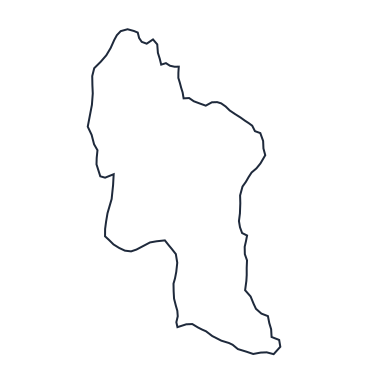 the district of Barrinha, São Paulo, Brazil, rotated 17°
{"feature_id": "56859067B45881717181583", "entity_name": "Barrinha", "entity_type": "district", "adm_level": 2, "iso_a3": "BRA", "parent_name": "Brazil", "parent_adm1": "São Paulo", "projection": "equal_earth", "projection_center": [-48.087, -21.233], "detail": "fine", "context": "isolated", "style": "outline", "palette": "slate", "viewbox_px": 384, "rotation_deg": 17, "n_neighbors": 0, "source": "geoboundaries", "source_scale": "gbopen_adm2", "svg_char_len": 1747}
<svg xmlns="http://www.w3.org/2000/svg" viewBox="0 0 384 384"><g transform="rotate(17 192 192)"><path d="M251.3,135.4L247.6,129.5L245.1,122.4L240.1,115.7L234.4,115.4L230.2,111.0L225.9,109.5L221.7,108.3L216.7,106.6L210.4,104.9L204.2,103.0L199.2,100.4L194.0,98.7L189.8,98.7L184.8,100.4L179.9,105.4L173.6,105.1L167.2,104.7L161.8,103.0L156.6,104.9L153.9,99.5L151.1,95.4L148.5,91.2L145.6,86.9L144.1,81.9L142.7,76.0L138.8,77.3L134.0,77.7L129.4,76.4L125.3,79.2L122.2,74.0L118.7,68.9L115.6,61.0L110.1,57.5L105.3,63.4L100.0,63.1L96.4,60.2L93.5,55.4L89.4,55.0L82.8,55.2L76.8,59.0L74.3,64.0L73.2,69.3L72.1,78.1L70.1,86.3L66.6,94.2L62.3,102.2L62.7,110.3L65.5,118.9L68.3,126.8L70.8,137.9L73.2,160.0L79.3,166.7L84.4,175.0L89.4,179.7L90.9,187.3L92.6,193.5L99.7,203.8L104.7,203.7L111.9,197.9L114.5,208.4L117.2,222.2L117.4,237.0L118.5,245.4L119.7,252.7L121.8,259.8L126.6,262.1L132.3,265.1L138.7,266.8L145.0,267.7L151.1,266.6L155.7,263.3L166.6,252.5L172.5,249.5L180.2,246.2L185.4,249.8L189.1,252.2L194.7,256.1L198.6,264.0L200.3,273.0L201.0,279.5L201.1,285.0L203.4,292.1L206.0,299.2L209.7,305.3L212.7,309.9L214.7,315.0L215.1,321.1L217.6,325.5L225.2,320.2L230.9,318.2L237.3,319.8L241.8,320.6L246.1,321.1L253.4,323.8L263.5,325.6L271.5,325.6L275.5,326.2L281.8,328.8L290.6,328.8L297.9,329.0L304.6,325.5L310.3,323.5L317.5,323.2L321.7,314.2L318.6,308.0L310.5,307.4L307.8,300.1L304.2,294.7L300.9,288.5L293.9,288.0L287.3,285.0L283.6,280.9L278.6,274.8L271.5,270.4L270.0,261.2L268.6,255.4L266.5,248.6L264.6,241.3L260.7,236.0L258.4,229.0L258.0,223.4L257.4,217.5L251.9,216.6L248.2,211.7L245.4,206.1L244.1,198.5L241.5,188.7L239.0,181.2L238.7,172.0L240.5,166.7L241.8,161.1L243.3,155.9L246.7,150.6L249.1,144.7L251.3,135.4Z" fill="none" stroke="#1e293b" stroke-width="2"/></g></svg>